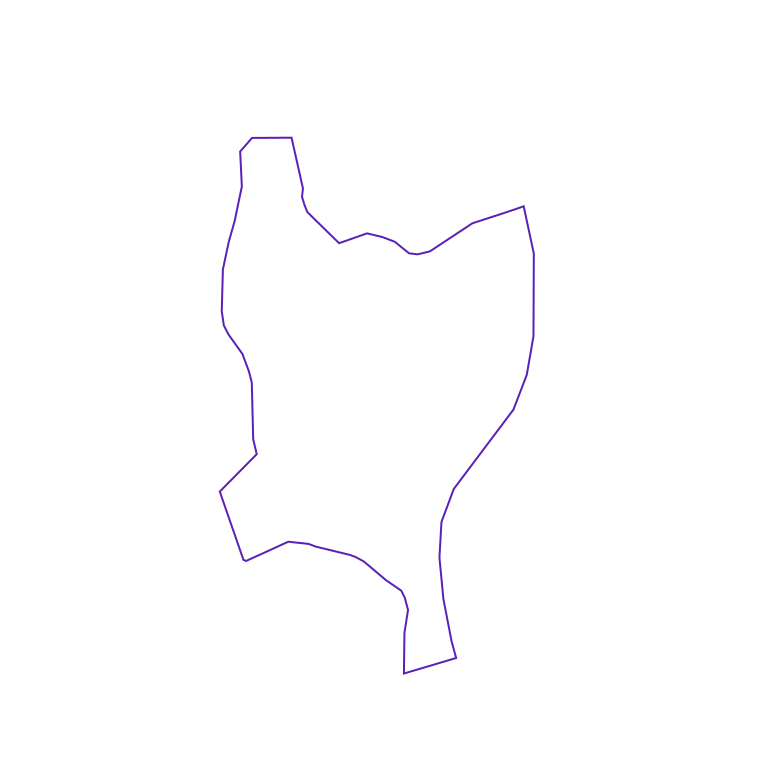 Pemagatsel, Equal Earth projection, rotated 155°
{"feature_id": "BTN-2491", "entity_name": "Pemagatsel", "entity_type": "District", "adm_level": 1, "iso_a3": "BTN", "parent_name": "Bhutan", "parent_adm1": "", "projection": "equal_earth", "projection_center": [91.365, 27.001], "detail": "fine", "context": "isolated", "style": "outline", "palette": "violet", "viewbox_px": 768, "rotation_deg": 155, "n_neighbors": 0, "source": "natural_earth", "source_scale": "10m", "svg_char_len": 838}
<svg xmlns="http://www.w3.org/2000/svg" viewBox="0 0 768 768"><g transform="rotate(155 384 384)"><path d="M434.4,105.2L488.3,113.2L470.7,149.7L457.7,169.1L455.5,181.4L455.7,189.4L465.1,205.4L477.3,231.7L482.7,239.0L486.9,243.3L514.4,265.3L520.0,271.0L537.4,281.5L583.8,281.9L585.7,284.0L578.3,355.9L529.0,374.2L525.9,389.2L503.2,441.2L501.1,452.5L499.6,471.0L504.0,494.6L504.4,504.8L500.3,518.5L481.6,555.9L464.4,578.7L450.4,594.9L440.5,608.2L429.4,623.0L416.1,655.5L399.6,662.8L363.7,646.3L374.8,595.5L379.2,588.3L380.4,579.7L380.8,572.1L365.2,530.6L335.7,527.7L323.3,517.8L314.1,508.3L306.1,491.9L298.7,487.3L286.5,484.8L236.0,492.3L199.9,487.9L182.3,486.0L193.1,438.9L228.3,364.2L250.7,332.0L277.5,306.1L365.1,259.4L390.2,234.7L407.1,203.3L421.1,163.8L431.5,122.2L434.4,105.2Z" fill="none" stroke="#5b21b6" stroke-width="2"/></g></svg>